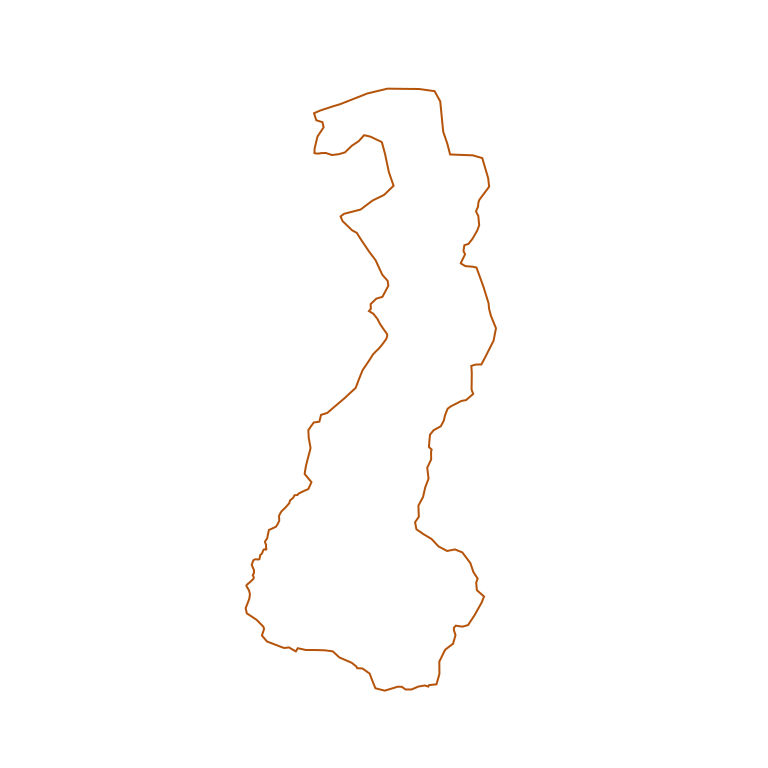 Paikoro, Niger, Nigeria (Albers equal-area conic projection), rotated 298°
{"feature_id": "59680162B6318880418470", "entity_name": "Paikoro", "entity_type": "district", "adm_level": 2, "iso_a3": "NGA", "parent_name": "Nigeria", "parent_adm1": "Niger", "projection": "albers", "projection_center": [6.843, 9.493], "detail": "fine", "context": "isolated", "style": "outline", "palette": "amber", "viewbox_px": 768, "rotation_deg": 298, "n_neighbors": 0, "source": "geoboundaries", "source_scale": "gbopen_adm2", "svg_char_len": 4882}
<svg xmlns="http://www.w3.org/2000/svg" viewBox="0 0 768 768"><g transform="rotate(298 384 384)"><path d="M597.7,201.4L597.5,201.2L595.4,199.2L591.9,196.4L590.2,195.1L588.7,196.7L586.8,198.6L585.1,200.4L585.7,203.7L586.3,206.7L582.3,210.2L579.5,209.9L571.4,209.1L568.9,209.7L560.4,211.9L560.0,212.0L559.7,212.1L557.2,213.2L555.2,214.2L555.8,216.2L557.0,218.5L557.6,219.1L558.5,220.3L560.6,224.1L561.3,227.7L561.7,230.5L563.1,232.5L565.3,235.6L565.7,236.3L566.3,236.8L568.7,239.3L570.3,240.9L573.0,241.7L579.4,243.8L582.7,245.6L586.9,247.8L591.5,248.9L594.3,249.6L595.0,252.0L595.2,252.7L595.4,253.3L595.5,253.9L595.7,254.6L595.8,255.1L596.0,255.9L596.1,257.1L596.3,262.4L596.6,268.1L596.2,268.9L587.5,277.0L573.4,288.8L563.5,299.4L563.0,299.2L551.0,295.3L540.7,287.8L527.0,281.4L515.5,268.8L511.6,267.0L508.4,270.9L505.7,280.3L504.7,283.8L504.7,289.0L500.7,295.9L493.9,308.7L489.3,318.5L487.4,321.0L485.4,323.6L480.8,329.7L479.6,331.3L479.2,332.5L478.5,334.2L477.0,338.3L476.8,338.8L472.8,341.7L470.4,341.7L462.9,341.7L460.2,341.7L457.9,339.3L455.7,337.1L453.5,336.4L450.4,335.4L448.2,334.7L446.2,335.9L445.9,336.1L445.7,336.2L444.3,337.1L441.3,336.5L441.0,341.7L438.3,347.8L435.4,351.9L433.0,356.3L430.3,361.7L429.6,363.1L428.6,364.0L425.1,364.9L423.1,364.6L418.8,364.0L416.0,363.5L412.3,362.7L409.6,361.7L405.0,360.4L397.0,359.8L394.5,359.5L386.2,358.6L376.7,359.6L369.9,360.5L367.2,360.8L364.7,359.9L355.0,356.5L354.2,356.3L352.4,355.6L350.1,354.7L335.7,349.0L331.8,347.5L329.6,345.3L327.2,342.9L324.1,343.7L320.4,344.6L319.0,342.7L317.0,340.0L313.7,339.6L312.8,339.4L310.6,339.2L307.8,338.8L305.3,340.3L302.5,342.0L301.0,342.9L295.3,347.4L293.0,349.2L290.3,349.9L282.1,351.8L276.8,353.1L275.9,353.3L275.5,353.4L269.7,355.3L267.3,356.2L264.1,364.0L263.3,366.0L260.9,366.2L255.7,366.5L252.1,363.6L247.3,360.1L245.4,359.7L243.7,357.2L240.7,357.2L237.1,355.7L234.2,356.3L228.0,354.8L223.6,353.3L220.7,353.1L218.1,353.3L215.7,354.8L214.0,355.7L210.5,355.9L207.2,355.6L202.3,351.9L201.1,350.9L192.8,353.3L188.9,352.9L187.6,354.1L186.7,355.4L185.1,356.1L183.4,357.4L182.6,357.7L182.2,357.4L182.2,356.5L181.8,355.9L181.5,355.7L180.4,355.4L177.9,355.8L176.1,355.6L174.9,355.0L170.9,356.2L170.2,355.7L168.8,352.6L167.1,351.4L162.2,352.1L158.6,356.6L156.0,357.9L153.6,357.9L152.3,359.7L150.8,360.2L146.1,358.7L142.3,357.1L141.2,357.2L138.2,361.9L135.5,364.3L131.1,365.9L121.1,367.1L117.1,370.5L116.0,382.1L113.1,391.4L111.4,393.1L104.6,394.3L102.2,400.3L101.7,401.8L102.0,403.9L103.5,416.1L104.0,419.7L105.3,421.6L106.8,423.8L106.6,427.9L106.5,431.7L108.5,431.8L110.2,431.9L112.5,440.0L117.1,448.7L121.1,456.8L123.9,464.3L121.6,473.0L122.7,486.3L121.6,492.1L120.5,493.8L122.7,498.5L122.4,501.3L121.9,504.6L121.6,507.2L119.8,509.3L118.1,511.2L116.4,513.2L112.7,517.6L111.3,519.3L113.6,528.6L123.3,538.4L125.0,541.9L124.4,546.5L127.2,551.7L133.0,556.4L137.0,561.6L137.6,565.1L138.6,565.1L139.2,565.1L142.0,569.1L143.4,571.3L143.8,571.2L144.4,571.1L153.9,569.1L165.0,563.1L167.4,563.1L175.6,562.8L178.2,562.8L183.7,565.3L187.1,566.9L189.4,566.4L189.6,566.3L190.2,566.2L190.9,566.1L191.5,566.0L192.7,565.7L193.2,565.6L195.9,565.0L198.2,562.6L199.9,560.9L202.1,560.2L204.4,560.9L205.4,564.0L206.6,567.2L210.6,571.4L213.1,571.6L221.2,572.4L222.0,572.5L223.4,572.5L236.2,572.8L236.7,572.9L237.0,572.8L240.7,572.4L243.3,572.1L245.5,563.0L245.6,562.8L248.6,560.8L249.1,560.5L251.8,558.7L253.7,558.4L256.2,558.0L257.9,554.9L259.4,552.2L259.7,551.7L259.8,551.5L259.8,551.4L260.0,551.2L261.0,550.1L262.3,548.7L265.3,545.5L266.1,544.7L266.3,544.5L266.4,544.4L266.5,544.2L269.8,537.1L272.1,532.2L271.9,530.3L271.5,526.8L271.3,524.4L266.2,518.1L266.2,508.4L269.5,498.7L269.9,489.8L270.9,481.0L271.0,480.8L272.6,479.5L274.6,477.9L276.5,476.3L279.8,476.7L283.1,477.1L285.2,475.9L285.5,475.7L286.0,475.4L288.4,474.0L288.5,473.9L290.5,472.8L292.7,471.5L302.6,471.5L312.2,468.9L321.3,467.8L330.5,461.4L332.3,461.4L334.5,461.3L335.4,461.2L339.4,461.1L340.9,460.3L346.4,457.3L346.6,457.3L348.5,456.8L349.5,453.2L354.6,451.0L360.9,448.4L366.4,449.5L373.4,454.0L379.6,454.0L385.5,452.5L392.1,451.8L395.8,453.6L405.4,460.3L408.3,464.0L417.1,467.4L420.1,464.0L435.2,456.2L441.0,452.6L444.1,455.7L447.0,460.8L454.8,460.8L473.7,460.4L485.8,456.7L494.2,446.6L499.7,441.5L504.4,438.4L516.7,426.0L530.2,411.0L529.3,407.5L526.3,400.5L526.5,395.4L526.7,395.0L533.4,394.8L536.6,394.7L537.9,392.9L538.8,391.7L544.3,389.8L545.9,391.4L547.3,392.8L549.5,393.2L553.5,393.9L555.0,394.0L561.7,394.2L562.7,394.3L563.5,394.2L566.9,393.8L568.9,393.5L570.2,392.6L574.5,389.8L576.7,388.3L578.1,386.3L579.6,384.2L582.9,383.9L584.7,383.8L586.7,382.9L588.1,382.3L591.3,381.7L607.6,384.2L614.7,379.3L629.6,364.7L627.6,355.1L617.7,334.6L625.7,327.3L634.6,317.8L659.9,301.0L666.3,291.2L661.0,276.6L654.4,263.9L646.4,248.4L632.6,232.8L609.9,213.4L609.6,213.0L604.5,207.9L597.7,201.4Z" fill="none" stroke="#b45309" stroke-width="2"/></g></svg>